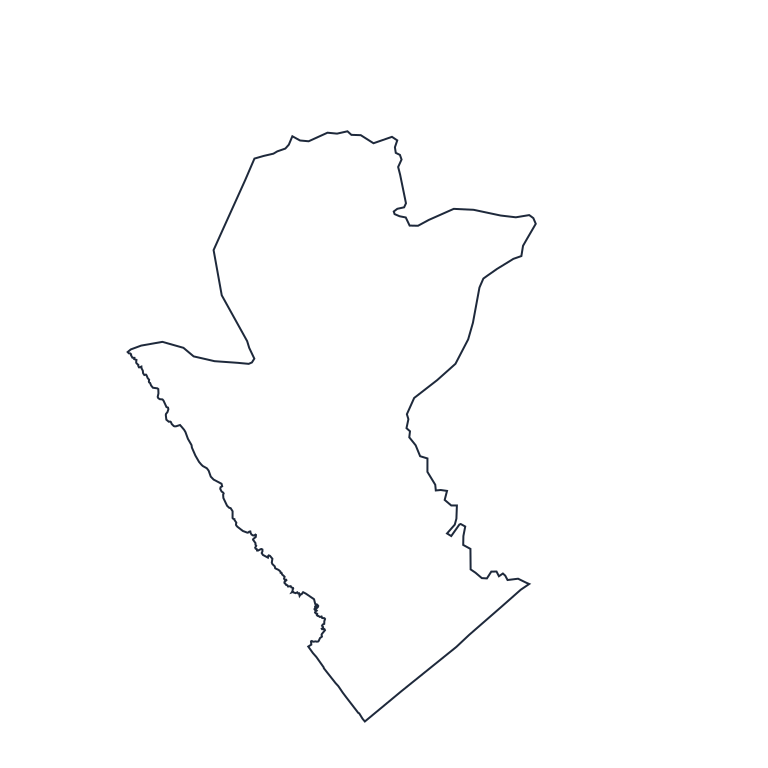 Dja-Et-Lobo, Sud, Cameroon (Natural Earth projection), rotated 53°
{"feature_id": "32672807B39721432011370", "entity_name": "Dja-Et-Lobo", "entity_type": "district", "adm_level": 2, "iso_a3": "CMR", "parent_name": "Cameroon", "parent_adm1": "Sud", "projection": "natural_earth1", "projection_center": [12.712, 2.919], "detail": "fine", "context": "isolated", "style": "outline", "palette": "slate", "viewbox_px": 768, "rotation_deg": 53, "n_neighbors": 0, "source": "geoboundaries", "source_scale": "gbopen_adm2", "svg_char_len": 4389}
<svg xmlns="http://www.w3.org/2000/svg" viewBox="0 0 768 768"><g transform="rotate(53 384 384)"><path d="M191.4,228.9L185.4,247.5L171.3,252.8L165.4,260.1L160.2,261.1L155.8,270.8L154.8,271.9L149.3,277.9L144.8,298.1L139.0,304.5L131.0,308.1L135.6,316.0L136.6,321.1L134.0,329.2L133.5,333.7L129.5,342.7L126.0,351.8L137.7,372.3L166.9,425.7L174.5,439.5L215.5,460.2L267.4,467.5L274.0,469.9L285.7,472.3L287.3,476.5L286.5,479.9L280.6,486.4L279.3,487.8L263.8,505.6L258.3,510.2L247.4,519.4L234.4,522.4L217.0,535.6L207.2,554.8L204.0,565.4L204.2,569.5L206.0,569.3L207.0,568.2L208.1,568.1L208.7,568.7L211.6,569.1L212.9,567.6L213.8,568.5L215.8,567.2L217.4,568.8L218.5,569.2L220.9,568.7L221.5,569.3L223.2,569.7L223.7,569.0L224.1,567.3L225.6,568.2L228.2,568.6L230.4,569.9L231.8,570.0L232.6,570.0L233.2,568.5L234.1,568.4L237.2,569.2L239.2,569.0L240.5,570.3L241.4,570.6L242.4,570.2L245.0,570.9L247.9,570.8L251.1,567.6L252.2,567.3L255.8,569.8L258.1,572.5L259.5,572.8L261.2,572.2L263.0,570.2L264.3,570.1L264.6,570.1L267.4,570.7L271.5,571.6L272.9,570.7L274.4,571.4L276.1,573.8L276.7,576.1L277.4,576.9L281.5,579.3L284.6,578.6L285.3,577.4L286.0,577.1L288.3,577.6L291.1,577.2L291.8,576.7L292.6,575.6L294.0,571.6L296.4,571.4L300.3,571.2L303.0,571.5L303.9,571.8L309.8,573.6L317.0,574.5L319.2,575.7L327.6,577.7L334.9,578.6L338.4,578.4L340.4,578.1L344.7,576.2L347.7,576.2L353.7,578.1L357.8,577.6L365.9,573.8L368.3,574.8L368.2,575.4L368.1,576.7L369.2,577.9L372.1,578.4L374.0,577.8L374.9,577.9L375.6,579.1L378.4,580.9L386.8,582.6L389.8,582.1L390.8,581.2L394.5,581.5L399.9,585.6L401.0,585.5L401.9,584.8L402.4,585.2L405.9,585.4L406.9,586.6L407.9,587.1L409.7,587.0L416.4,585.2L420.5,582.6L420.9,581.8L420.8,580.6L421.1,579.8L421.3,579.5L422.8,580.2L424.5,580.4L426.2,579.7L426.9,578.5L426.9,577.3L427.5,577.1L429.0,578.5L429.1,581.6L429.5,582.3L433.7,582.4L435.0,583.4L436.3,583.4L437.2,585.4L438.3,585.6L439.5,585.0L440.6,585.6L441.2,584.9L441.7,581.9L442.1,581.1L443.0,580.7L444.5,581.8L445.4,583.4L447.6,583.6L452.8,581.2L451.6,579.9L451.5,579.2L452.6,578.5L456.4,578.3L459.1,581.1L460.7,581.5L463.9,581.0L465.7,581.8L469.0,580.1L471.4,579.6L472.6,580.2L473.2,579.5L474.8,580.0L476.7,579.6L478.1,579.4L479.3,581.0L480.6,581.1L481.3,580.0L481.9,580.0L482.3,582.8L483.4,583.3L484.2,582.9L485.5,583.1L486.6,582.3L488.0,582.5L489.3,580.2L490.7,580.4L492.1,579.4L492.7,579.6L493.4,580.9L494.4,581.7L494.9,583.1L495.1,582.5L495.5,581.6L496.2,581.6L497.9,580.4L498.2,578.6L499.6,578.6L500.0,577.8L502.4,578.9L501.8,577.1L502.3,576.4L501.6,573.9L504.3,572.6L513.8,569.4L517.8,571.1L518.3,571.3L520.0,570.1L521.7,570.1L522.4,571.2L522.5,572.5L522.3,572.8L520.8,571.9L520.1,572.0L520.2,572.9L521.5,573.8L521.9,575.0L522.6,575.1L523.2,574.2L524.5,574.1L524.4,575.6L525.0,576.6L526.2,576.5L526.6,575.9L527.5,575.7L528.2,576.7L529.2,576.6L529.7,576.0L531.5,575.4L532.1,573.8L533.7,574.2L535.2,572.5L536.2,572.5L537.5,574.4L539.6,576.1L539.2,577.7L539.8,579.0L541.4,578.9L542.0,579.3L542.0,581.0L542.6,581.0L543.9,579.1L545.1,579.3L546.2,583.9L546.7,584.8L548.4,585.6L548.4,588.0L549.9,590.8L550.0,591.6L549.3,592.8L548.5,593.4L547.4,595.3L547.0,595.8L545.8,596.3L545.6,597.2L548.4,598.9L548.1,602.5L556.1,602.7L561.4,602.3L574.0,602.7L574.8,603.1L579.8,603.0L593.7,602.7L597.7,602.3L605.8,602.7L611.4,602.7L631.2,602.5L632.1,602.0L638.5,602.6L642.0,602.4L639.8,554.8L637.5,484.3L635.6,466.9L632.6,424.5L630.6,398.6L631.1,388.4L628.5,389.9L620.2,394.1L614.9,403.3L610.0,402.5L606.9,403.1L606.7,407.9L601.5,407.0L598.4,411.2L601.2,418.8L597.9,422.7L589.8,424.5L584.2,426.4L567.7,414.2L560.2,417.6L553.2,412.1L546.7,404.9L542.0,407.0L541.6,408.4L545.9,421.8L541.3,423.6L538.9,412.1L535.1,407.2L524.9,398.9L521.5,403.4L513.1,405.3L507.3,398.0L502.8,402.5L500.2,406.7L495.3,403.7L480.3,402.2L469.6,394.1L463.4,398.6L452.0,395.6L441.8,395.9L437.4,391.7L432.8,392.6L426.8,385.7L421.9,383.9L413.3,368.3L412.9,339.2L410.9,314.8L399.0,289.9L389.2,276.9L388.6,276.1L364.4,249.7L359.6,241.2L359.7,236.1L360.1,224.4L361.7,207.9L361.9,205.4L364.5,197.3L357.3,189.8L354.0,182.1L347.4,166.4L341.4,164.9L338.0,165.9L336.5,166.4L330.2,178.4L319.6,189.5L298.8,207.6L286.1,222.9L279.9,249.6L278.1,261.6L272.9,268.2L264.1,266.4L259.4,270.6L254.7,273.3L252.1,272.4L252.1,267.9L255.0,261.6L252.9,257.7L226.4,245.1L219.2,242.1L215.3,234.9L210.6,233.4L206.5,235.5L201.5,232.8L197.4,226.8L191.4,228.9Z" fill="none" stroke="#1e293b" stroke-width="2"/></g></svg>